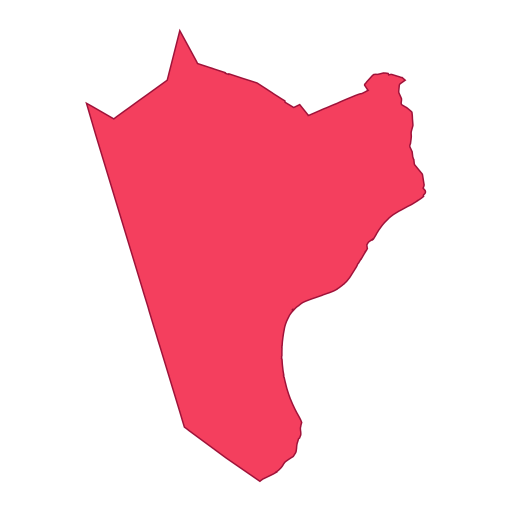 Nederweert, Limburg, Netherlands, rotated 270°
{"feature_id": "6326949B42914806885900", "entity_name": "Nederweert", "entity_type": "district", "adm_level": 2, "iso_a3": "NLD", "parent_name": "Netherlands", "parent_adm1": "Limburg", "projection": "orthographic", "projection_center": [5.78, 51.292], "detail": "fine", "context": "isolated", "style": "filled", "palette": "rose", "viewbox_px": 512, "rotation_deg": 270, "n_neighbors": 0, "source": "geoboundaries", "source_scale": "gbopen_adm2", "svg_char_len": 5728}
<svg xmlns="http://www.w3.org/2000/svg" viewBox="0 0 512 512"><g transform="rotate(270 256 256)"><path d="M316.3,114.2L223.4,142.4L219.3,143.6L205.1,148.0L201.1,149.1L185.5,153.8L177.8,156.2L171.7,158.0L166.3,159.7L146.0,165.9L99.6,180.0L91.8,182.3L84.9,184.4L83.4,186.5L81.4,189.0L54.1,226.0L30.7,259.9L31.4,260.7L32.2,261.8L33.0,262.9L33.6,264.2L38.0,273.3L38.7,274.5L39.4,275.7L39.8,276.5L40.1,276.2L40.2,276.4L40.3,276.7L41.2,277.8L42.1,278.9L43.1,279.9L44.1,280.9L45.2,281.8L46.3,282.6L47.5,283.3L48.3,283.7L48.3,283.8L48.6,284.0L49.8,284.9L50.5,285.7L52.1,287.9L52.9,289.1L54.4,291.4L55.1,292.6L55.6,293.3L59.4,295.7L60.6,296.1L61.9,296.3L63.2,296.5L66.0,296.7L67.4,296.9L68.8,297.2L70.3,297.7L71.7,298.1L73.1,298.5L73.5,298.8L73.8,299.1L73.9,299.3L73.9,299.5L74.9,299.9L76.0,300.3L76.6,300.6L77.6,300.8L78.9,300.8L80.3,300.7L81.7,300.5L83.1,300.4L83.9,300.4L84.6,300.5L86.4,300.9L86.8,300.9L89.5,301.7L90.7,301.2L92.0,300.7L93.2,300.1L94.4,299.5L98.0,297.5L99.2,296.8L102.9,294.9L104.8,294.0L108.0,292.5L109.2,292.0L112.5,290.6L114.2,289.8L114.3,289.9L117.0,288.9L121.0,287.6L123.6,286.8L126.3,286.1L128.0,285.7L130.3,285.1L134.8,284.1L134.9,283.8L136.8,283.5L136.9,283.8L139.2,283.4L140.8,283.1L143.3,282.8L147.0,282.4L149.5,282.2L152.8,282.0L153.3,281.5L153.7,281.7L155.7,281.6L156.1,281.9L157.8,281.9L160.5,281.9L164.3,282.0L164.4,281.8L166.1,281.9L166.1,282.1L170.3,282.4L174.5,282.9L178.6,283.5L181.3,284.0L184.1,284.5L185.4,284.8L186.8,285.2L188.1,285.6L189.4,286.1L190.8,286.6L192.0,287.2L193.3,287.8L197.1,289.7L198.3,290.6L199.4,291.4L200.5,292.3L201.4,293.2L202.1,292.6L202.2,292.4L202.8,293.0L202.2,293.9L204.3,295.9L205.4,297.2L205.7,297.7L206.3,298.5L206.4,298.8L206.7,299.0L208.3,301.0L209.1,302.2L209.5,302.8L210.7,305.4L212.0,308.7L213.4,312.5L214.3,315.2L215.2,317.8L215.9,319.8L216.5,321.6L216.7,322.1L217.1,322.9L219.8,330.6L220.2,331.7L220.6,332.6L221.1,333.8L221.6,334.8L222.9,337.2L223.1,337.2L224.3,339.1L225.3,340.4L226.8,342.4L227.6,343.2L227.7,343.6L229.4,345.3L229.9,345.9L231.2,347.1L233.0,348.5L234.2,349.5L235.4,350.3L237.8,351.8L244.8,356.2L245.9,356.8L248.2,357.8L248.9,358.5L252.9,360.9L252.8,361.1L258.0,364.1L260.7,365.8L260.8,365.6L261.2,366.1L261.5,366.3L262.0,366.6L262.3,366.8L263.6,367.4L264.1,367.2L267.2,366.8L269.9,368.5L272.7,372.4L272.3,372.5L272.2,372.5L272.6,373.1L273.1,373.5L273.4,373.7L276.4,375.5L277.7,376.3L277.9,376.3L282.0,378.8L284.6,380.7L285.6,381.4L287.3,382.7L289.5,384.6L290.6,385.7L291.4,386.5L292.8,387.9L293.9,388.9L295.5,390.8L297.4,393.3L299.2,396.2L300.9,399.0L301.7,400.6L302.4,401.9L304.4,405.5L304.6,405.9L305.5,407.5L307.2,411.0L308.0,412.4L308.5,413.2L311.1,417.4L311.3,417.7L311.5,417.6L312.2,419.0L313.2,420.5L314.0,421.6L315.2,423.1L315.6,423.6L316.1,423.4L316.6,423.4L317.0,423.5L317.3,423.7L318.1,424.6L318.4,424.8L318.8,425.1L319.2,425.3L319.6,425.4L320.1,425.5L320.5,425.4L321.0,425.3L321.5,425.0L322.5,424.2L322.5,424.3L323.9,423.1L325.3,423.7L325.7,423.8L326.3,424.0L327.0,424.1L327.3,424.1L328.4,423.9L337.2,422.5L337.5,422.4L338.2,422.1L339.6,420.9L346.8,415.0L347.0,414.8L347.5,414.5L348.2,414.3L349.8,414.1L352.5,413.8L352.6,413.6L353.0,413.5L353.2,413.4L353.7,413.2L354.2,413.1L354.8,412.8L359.8,412.2L360.1,412.2L361.4,411.6L365.1,409.9L365.6,409.8L366.2,409.8L366.7,409.8L368.6,410.5L369.0,410.6L369.5,410.6L370.2,410.7L372.3,411.0L375.2,411.3L375.9,411.3L379.0,411.1L379.6,411.2L380.1,411.2L381.7,411.6L386.0,412.8L386.5,412.9L387.0,412.9L387.4,412.9L393.9,412.4L394.5,412.4L396.5,412.3L398.3,412.1L399.2,412.0L399.4,412.0L399.7,411.9L400.1,411.7L400.3,411.5L400.5,411.3L401.2,410.5L404.0,407.2L404.3,406.7L404.8,406.0L405.1,405.3L405.3,405.0L406.2,403.5L406.8,402.4L407.1,402.0L407.3,401.8L407.4,401.7L407.7,401.5L408.1,401.3L408.4,401.2L408.8,401.2L409.5,401.2L411.6,401.5L412.2,401.5L412.9,401.5L413.2,401.5L413.7,401.3L414.0,401.2L418.0,399.4L418.9,399.0L419.4,398.8L419.6,398.8L420.0,398.8L420.5,398.7L425.7,399.2L426.8,399.3L427.1,399.4L427.3,399.5L427.7,399.7L428.1,400.0L428.4,400.4L428.9,401.1L431.8,405.2L434.5,402.1L434.5,401.7L434.5,401.3L434.6,401.1L434.7,400.7L435.1,399.7L435.7,397.8L435.8,397.5L435.8,397.3L436.5,395.2L436.6,394.8L437.1,393.2L437.5,391.9L437.6,391.6L437.6,391.1L437.6,390.8L437.3,389.5L437.1,388.7L438.5,388.2L438.7,387.4L438.6,386.9L438.7,386.7L438.8,386.4L438.9,386.1L438.9,385.4L438.9,384.6L438.9,383.5L439.0,383.5L438.9,382.9L437.9,379.0L437.9,378.8L437.7,378.2L437.6,377.2L437.7,375.7L437.6,374.8L437.5,373.8L437.2,373.3L436.8,372.9L436.1,372.1L435.8,371.8L434.2,370.4L433.9,370.1L433.1,369.5L433.1,369.4L430.0,366.6L429.2,366.1L428.1,365.0L427.7,364.8L427.6,364.7L427.3,364.6L427.1,364.6L426.8,364.6L426.5,364.8L422.1,367.7L422.0,367.8L421.9,367.7L421.9,367.8L421.6,368.1L420.8,366.5L419.7,364.4L418.5,362.0L418.4,361.7L418.3,361.2L418.2,360.3L418.0,359.6L417.4,357.8L417.2,357.3L416.5,355.4L414.5,350.6L412.9,346.7L410.2,340.4L408.5,336.8L408.5,336.7L407.9,335.5L408.0,335.4L406.3,331.3L405.1,328.6L404.1,326.2L403.5,324.6L402.5,322.2L401.9,320.9L401.0,318.9L400.9,318.6L398.5,313.2L398.4,312.9L396.6,308.8L396.8,308.6L396.6,308.2L396.9,308.1L397.2,307.9L407.4,299.7L404.7,294.2L404.5,293.7L409.7,285.1L411.1,284.9L413.1,281.6L416.3,276.6L416.5,276.3L416.5,276.2L418.8,272.7L419.0,272.5L429.0,257.1L429.1,256.8L431.6,249.1L431.7,248.7L432.5,246.2L433.6,242.7L434.5,240.0L438.0,229.4L438.1,228.7L437.6,228.6L438.7,225.3L439.2,225.4L439.4,225.1L442.8,214.6L443.0,214.1L448.4,197.7L448.7,197.4L450.4,196.6L465.9,188.2L481.3,179.8L445.4,170.7L439.2,169.1L434.8,168.0L434.4,167.9L431.8,167.2L431.7,167.1L417.4,147.3L411.7,139.3L404.7,129.7L404.4,129.3L401.0,124.5L395.4,116.8L393.1,113.8L405.6,92.1L408.7,86.5L377.6,95.6L316.3,114.2Z" fill="#f43f5e" stroke="#9f1239" stroke-width="1.5"/></g></svg>